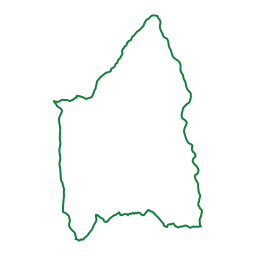 outline of Tipacoque, Boyacá, Colombia
{"feature_id": "7082276B13744677473315", "entity_name": "Tipacoque", "entity_type": "district", "adm_level": 2, "iso_a3": "COL", "parent_name": "Colombia", "parent_adm1": "Boyacá", "projection": "robinson", "projection_center": [-72.693, 6.427], "detail": "fine", "context": "isolated", "style": "outline", "palette": "green", "viewbox_px": 256, "rotation_deg": 0, "n_neighbors": 0, "source": "geoboundaries", "source_scale": "gbopen_adm2", "svg_char_len": 5805}
<svg xmlns="http://www.w3.org/2000/svg" viewBox="0 0 256 256"><path d="M54.1,101.3L54.4,102.4L55.8,103.7L56.6,105.0L56.9,105.8L57.5,106.4L58.9,107.3L61.0,109.0L61.6,109.7L61.9,110.6L61.8,111.8L60.1,115.6L59.2,117.5L59.0,119.1L59.3,123.3L60.0,126.5L60.2,129.2L60.2,131.4L60.0,133.5L59.8,138.8L60.1,140.9L60.4,143.8L59.3,150.1L59.6,153.3L60.0,155.3L60.2,156.8L60.3,158.5L60.0,160.5L59.6,162.4L59.5,165.4L60.2,168.5L60.6,174.3L60.7,177.0L61.1,180.3L61.8,181.8L62.5,182.9L62.9,185.6L64.0,188.7L64.0,190.3L63.8,191.9L64.0,195.2L63.6,200.2L63.3,201.8L63.2,204.9L62.9,207.1L63.0,207.8L62.9,210.7L63.0,211.6L63.5,212.3L65.1,212.8L66.4,213.7L67.2,214.4L68.7,215.9L69.0,216.7L69.8,220.0L69.9,220.8L69.8,221.4L69.3,223.0L69.1,224.2L69.0,225.0L69.2,226.2L69.6,226.6L70.3,228.3L71.6,229.7L73.1,231.3L74.0,231.9L74.9,233.1L75.4,234.7L75.4,235.6L75.9,237.5L76.0,238.1L75.7,239.0L76.4,239.1L77.3,239.4L77.7,239.7L78.9,240.6L79.2,240.6L79.7,240.4L80.4,239.7L81.7,239.3L81.9,239.3L82.3,239.6L82.8,239.7L83.7,239.1L84.2,238.3L85.0,237.5L85.5,237.1L85.7,236.9L87.4,235.4L87.8,235.0L88.7,233.5L89.2,233.1L90.0,231.8L91.3,230.2L91.9,229.8L92.2,229.4L92.5,228.3L93.8,225.1L94.2,224.4L94.7,223.8L96.3,220.8L96.4,220.4L96.5,219.1L96.0,217.0L95.9,216.0L96.0,215.0L96.1,214.9L97.7,215.2L98.6,216.3L99.3,216.5L99.7,216.9L100.3,217.5L101.0,218.1L102.3,218.4L102.8,218.8L103.5,219.5L103.9,220.5L104.4,221.4L105.4,221.9L105.6,221.9L106.1,221.8L106.4,221.9L107.8,221.1L108.3,220.4L110.2,218.1L111.1,217.5L113.3,215.8L114.3,215.2L115.9,214.8L117.7,213.4L118.5,213.1L119.0,212.5L119.3,212.5L119.6,213.7L120.0,214.1L120.4,214.9L120.6,215.1L121.3,215.1L122.5,214.9L124.3,214.1L126.9,214.2L127.4,214.3L127.7,214.5L127.7,214.9L127.9,215.1L128.3,214.9L128.5,214.5L129.2,213.9L129.6,213.7L130.1,213.7L130.6,213.9L131.2,213.9L131.6,213.8L132.6,213.0L132.7,212.9L133.2,213.3L134.1,213.6L134.7,213.3L135.2,212.8L135.7,212.9L136.3,213.3L137.9,212.8L138.2,212.6L138.6,212.6L140.3,213.2L140.5,213.4L140.9,214.3L142.3,215.0L142.8,214.9L143.7,215.1L144.0,215.0L144.4,214.6L145.1,213.7L145.7,212.7L146.4,212.0L147.1,211.1L148.3,210.1L148.5,210.1L148.9,210.2L149.2,210.5L149.8,210.8L150.2,210.9L150.7,211.2L150.9,211.5L152.2,211.6L153.3,212.6L153.7,212.8L154.0,213.5L154.7,214.0L158.4,217.8L158.8,218.1L159.6,219.2L160.4,220.1L161.3,221.3L161.6,221.7L161.9,221.9L163.7,223.9L163.6,225.1L163.8,225.5L165.3,226.5L165.9,226.8L166.1,226.7L167.2,226.9L167.3,226.8L167.2,226.3L167.7,225.2L168.1,224.8L168.9,224.4L170.4,224.2L170.9,224.5L171.5,224.3L172.2,223.6L172.7,223.6L173.5,223.6L173.7,223.8L175.4,226.2L175.7,226.1L176.2,226.5L178.1,227.4L178.4,227.4L180.5,226.6L181.9,226.5L182.4,226.5L185.2,225.5L185.6,225.5L186.3,225.8L187.2,225.9L187.8,226.5L189.0,227.2L190.4,227.7L190.7,227.7L191.6,227.3L192.5,226.8L193.4,226.7L193.7,226.6L194.3,226.8L195.0,226.5L196.8,226.8L200.7,226.4L200.4,225.8L200.0,224.7L199.7,221.2L199.6,219.8L199.8,219.1L200.9,216.3L201.2,215.2L201.9,211.8L201.9,210.6L201.8,210.3L199.9,208.3L199.5,207.0L199.2,206.4L198.6,205.9L198.4,205.5L198.3,205.0L198.3,203.9L198.4,203.2L198.5,202.6L199.1,200.9L199.3,199.3L200.0,196.8L200.1,195.1L199.9,194.6L199.4,194.0L199.1,193.2L198.8,192.5L198.3,188.6L198.0,184.5L197.7,183.1L197.5,182.4L197.1,181.7L195.8,179.9L195.4,178.7L194.9,176.6L194.9,176.1L195.0,175.5L195.2,175.1L197.4,173.7L197.6,173.4L198.0,172.7L198.4,171.0L198.5,169.7L198.3,169.2L197.8,168.2L195.7,165.2L195.2,164.8L194.7,164.5L194.4,164.1L193.7,163.1L192.8,161.7L192.7,161.2L192.7,160.7L192.9,159.7L193.1,159.1L193.8,158.0L194.9,157.1L195.2,156.6L195.4,156.1L195.4,155.6L195.2,154.8L195.0,154.2L194.5,153.3L194.0,152.6L192.9,151.6L192.5,151.0L192.0,149.9L191.9,148.6L192.0,147.2L192.3,146.6L192.4,145.9L192.2,145.3L191.6,144.5L189.3,143.5L188.1,142.4L186.6,139.9L186.2,138.9L185.1,135.6L185.0,134.8L184.6,134.0L184.1,131.8L184.0,130.8L184.3,129.2L184.9,127.6L186.3,124.3L186.6,123.4L186.6,122.7L186.4,122.0L186.1,121.4L184.9,120.1L182.6,118.5L182.0,117.7L181.7,116.6L181.7,114.1L182.6,110.4L183.2,108.1L183.7,107.4L185.1,105.7L187.2,103.9L188.5,103.0L189.4,102.3L190.1,99.9L190.4,99.2L190.8,97.8L190.8,94.3L190.6,93.1L189.9,92.1L187.9,90.1L187.0,88.6L186.4,87.1L186.0,85.5L185.6,82.8L185.0,81.2L183.6,78.7L183.2,76.1L182.5,74.3L181.4,72.7L180.7,71.2L180.4,69.2L180.6,65.7L180.4,64.6L179.6,62.3L178.3,60.8L175.7,59.2L173.9,57.8L172.8,56.3L172.2,54.7L171.3,51.8L170.6,49.9L168.9,46.4L168.7,45.1L168.3,41.7L167.8,40.3L167.2,39.1L166.5,38.4L164.3,37.2L163.6,36.7L163.2,35.9L162.5,33.7L161.0,30.9L160.6,30.0L160.2,28.7L159.9,27.0L159.8,25.9L160.3,23.7L160.5,22.4L160.4,21.4L159.9,20.2L158.4,18.1L157.4,16.0L156.9,16.0L155.3,15.5L153.6,15.4L153.0,15.4L151.9,15.7L151.1,16.2L148.2,19.1L147.1,19.4L146.3,20.0L145.8,20.9L144.9,22.3L143.5,25.7L143.3,26.0L142.4,26.9L139.9,29.7L138.6,30.7L137.1,31.6L134.1,35.3L132.5,36.6L131.9,37.6L131.5,38.7L130.9,40.0L129.9,40.5L129.1,40.8L128.4,41.3L128.3,41.5L128.1,42.0L127.3,42.5L127.0,43.2L127.0,43.7L126.5,45.0L125.9,45.7L124.7,46.4L124.1,47.6L123.0,48.8L122.8,49.4L122.4,50.0L122.2,50.5L122.0,51.7L122.2,52.7L122.4,53.5L122.4,53.8L122.2,54.4L119.8,58.4L119.2,58.9L118.6,59.6L118.0,60.2L117.8,60.6L117.5,62.1L117.2,63.0L116.0,63.6L115.5,64.0L115.3,65.1L115.0,65.9L114.3,66.8L113.0,68.0L112.1,68.2L111.4,68.7L111.1,69.3L111.0,70.2L110.6,71.2L110.2,71.5L109.6,71.7L106.4,72.7L105.2,73.3L100.4,77.3L99.6,78.1L97.4,80.9L97.0,81.6L96.2,85.8L96.0,86.2L95.8,86.5L95.8,87.3L95.7,88.3L94.6,90.1L93.3,93.8L92.7,94.9L92.4,95.9L91.6,97.2L89.6,97.8L88.7,98.0L86.7,98.8L86.2,98.9L85.2,98.6L83.9,97.7L82.9,97.3L81.7,97.0L80.4,96.4L78.2,95.9L77.4,95.8L77.0,95.9L76.5,97.7L75.7,97.5L73.1,99.7L69.9,101.0L69.6,101.0L68.9,100.6L67.6,100.3L66.1,100.0L64.3,100.0L62.8,99.8L61.9,100.0L60.5,100.6L59.1,101.5L58.4,101.8L57.3,101.8L55.4,101.6L54.7,101.5L54.1,101.3Z" fill="none" stroke="#15803d" stroke-width="2"/></svg>